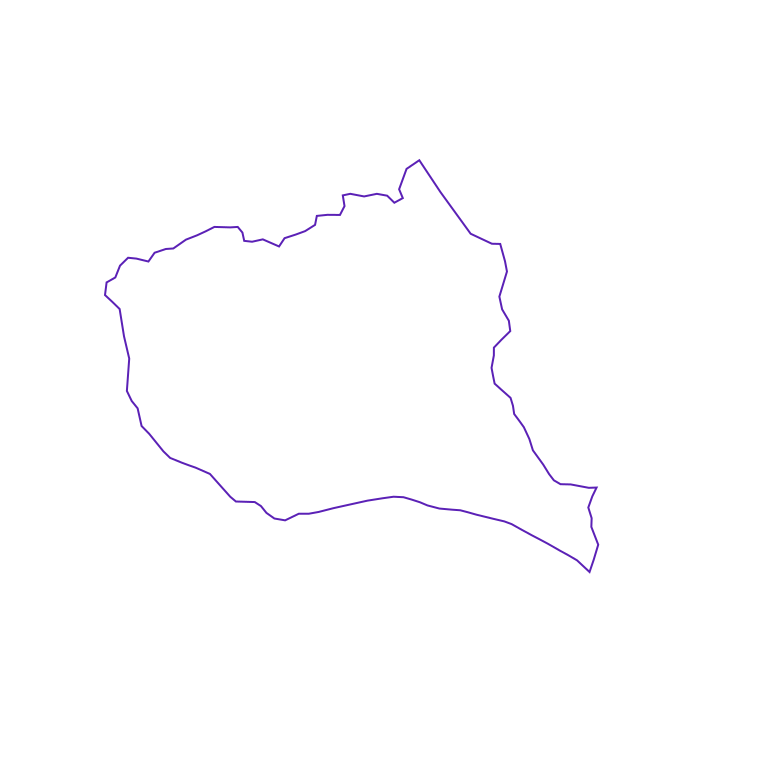 outline of Quatro Barras, Paraná, Brazil, rotated 220°
{"feature_id": "56859067B35023448273735", "entity_name": "Quatro Barras", "entity_type": "district", "adm_level": 2, "iso_a3": "BRA", "parent_name": "Brazil", "parent_adm1": "Paraná", "projection": "mercator", "projection_center": [-49.007, -25.374], "detail": "fine", "context": "isolated", "style": "outline", "palette": "violet", "viewbox_px": 768, "rotation_deg": 220, "n_neighbors": 0, "source": "geoboundaries", "source_scale": "gbopen_adm2", "svg_char_len": 1690}
<svg xmlns="http://www.w3.org/2000/svg" viewBox="0 0 768 768"><g transform="rotate(220 384 384)"><path d="M105.7,372.1L110.4,384.2L116.6,398.6L133.3,407.8L138.7,414.7L148.1,420.7L152.2,431.8L154.6,441.3L160.4,436.1L176.4,427.1L184.4,420.7L192.0,419.4L199.6,421.1L210.2,424.6L227.3,428.9L237.3,435.3L249.1,440.8L256.5,442.7L265.0,444.7L271.2,450.2L278.1,454.7L291.3,455.1L299.5,455.4L305.4,460.1L312.0,465.5L318.2,476.5L323.2,482.5L322.5,493.3L321.3,505.7L329.0,512.7L341.5,517.1L351.8,525.1L362.1,549.2L370.2,555.8L385.0,566.0L391.5,560.8L414.2,554.8L464.1,567.3L500.8,578.1L505.0,563.3L497.6,542.9L489.1,538.5L492.6,529.5L502.6,530.3L511.7,525.1L519.8,514.9L532.1,508.0L536.8,502.0L528.6,494.9L526.4,485.2L536.0,477.3L543.5,469.6L539.1,461.6L542.7,450.4L547.7,441.7L553.9,431.8L552.8,421.9L569.8,416.9L576.5,408.2L583.1,403.8L589.8,409.0L597.0,410.3L602.5,405.1L614.9,395.3L618.8,386.2L622.8,377.7L628.5,367.3L632.5,352.4L637.9,347.2L644.1,337.1L643.2,326.4L654.3,320.9L661.2,316.2L662.3,305.0L658.3,292.9L661.8,283.5L654.9,272.8L645.2,272.3L634.7,271.5L613.8,253.4L595.5,239.7L576.5,213.4L566.3,208.8L557.1,207.0L542.7,196.0L531.8,194.9L509.7,190.6L500.3,189.9L488.2,193.8L481.2,196.3L474.6,198.8L459.5,203.2L429.3,198.8L421.9,198.8L407.1,210.5L399.8,211.4L391.2,209.7L381.5,210.5L372.1,216.0L365.9,229.8L358.2,236.3L351.8,244.0L342.9,256.4L334.0,268.0L321.7,284.0L311.6,295.6L304.2,303.8L296.3,309.8L288.6,313.2L280.5,316.5L272.7,318.9L261.5,324.2L250.9,331.6L244.4,336.3L237.0,339.8L229.2,343.3L213.6,351.0L203.5,356.1L196.2,358.7L184.6,360.9L173.7,363.1L166.0,364.8L156.1,366.9L141.7,369.5L132.8,371.3L122.8,373.0L105.7,372.1Z" fill="none" stroke="#5b21b6" stroke-width="2"/></g></svg>